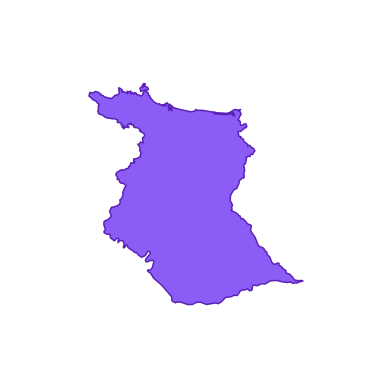 an SVG outline of São Paulo, rotated 222°
{"feature_id": "BRA-1311", "entity_name": "São Paulo", "entity_type": "State", "adm_level": 1, "iso_a3": "BRA", "parent_name": "Brazil", "parent_adm1": "", "projection": "albers", "projection_center": [-47.634, -22.544], "detail": "fine", "context": "isolated", "style": "filled", "palette": "violet", "viewbox_px": 384, "rotation_deg": 222, "n_neighbors": 0, "source": "natural_earth", "source_scale": "10m", "svg_char_len": 6107}
<svg xmlns="http://www.w3.org/2000/svg" viewBox="0 0 384 384"><g transform="rotate(222 192 192)"><path d="M316.1,220.2L315.4,220.8L312.4,221.2L311.7,220.3L310.7,220.5L310.9,219.7L310.1,220.0L308.1,221.7L306.6,222.2L306.1,221.8L305.9,222.6L307.2,223.7L305.9,224.2L305.2,225.6L304.5,224.8L304.6,225.6L302.8,224.6L302.8,226.0L301.1,225.8L300.7,226.4L301.1,227.5L299.4,228.1L298.3,227.3L295.8,228.9L294.4,228.9L293.7,230.5L294.0,232.1L294.7,232.5L294.5,233.7L294.9,234.6L294.5,235.9L293.8,236.2L292.7,236.0L291.2,236.4L289.2,235.0L287.8,235.2L287.4,234.7L284.7,234.0L280.1,233.5L276.2,234.6L275.0,235.9L274.0,235.7L271.6,236.7L271.3,236.4L270.2,238.0L268.4,238.7L269.6,238.8L271.3,237.3L272.3,237.1L270.8,239.0L270.6,241.1L269.9,241.6L268.9,241.1L266.8,242.4L265.8,242.3L267.1,241.1L266.4,239.1L264.6,238.3L264.6,237.5L263.8,237.3L263.7,238.4L263.0,238.8L263.0,239.4L261.6,239.1L262.9,241.0L264.0,241.2L264.0,242.5L263.7,242.7L263.0,242.0L257.2,244.7L246.4,250.9L244.8,252.9L244.1,254.5L244.4,255.6L243.9,256.1L242.8,256.2L242.8,255.5L242.1,256.9L238.7,259.8L230.6,264.9L228.9,265.3L227.8,265.1L224.6,267.4L218.6,272.2L216.5,274.5L215.3,277.0L214.4,277.5L212.9,277.3L213.2,276.8L214.4,276.6L214.1,276.2L212.7,276.2L212.1,277.5L211.6,277.1L211.6,277.6L212.2,278.0L214.8,278.6L216.7,277.8L215.7,281.3L214.7,282.7L212.6,283.6L210.7,286.4L212.2,283.7L211.7,283.3L210.4,284.0L207.7,282.8L206.1,276.3L204.6,277.0L204.5,276.4L202.8,276.3L202.0,275.1L200.1,274.5L198.9,275.6L198.9,277.1L197.7,278.7L195.3,277.6L194.8,276.0L195.8,274.9L195.7,272.9L196.4,271.8L196.2,269.7L197.4,268.6L198.0,267.2L196.0,266.2L195.1,265.0L194.1,265.0L192.8,265.8L192.1,264.8L191.2,265.3L188.9,265.5L187.3,264.4L182.7,264.6L181.1,263.5L181.2,264.6L180.4,265.2L177.5,265.0L175.8,265.5L172.8,264.7L172.7,262.3L172.0,260.4L173.3,259.7L173.5,258.0L172.7,257.2L174.5,256.1L174.2,255.1L175.0,253.8L173.1,252.4L172.3,250.2L171.4,249.5L171.5,247.0L170.8,245.7L169.2,244.9L167.8,243.7L166.3,241.6L165.7,239.7L164.6,239.5L163.1,237.9L163.0,236.9L163.6,236.6L164.0,235.8L164.4,232.0L162.7,229.6L161.9,226.2L161.1,225.2L162.3,221.1L161.5,216.5L160.5,214.4L158.7,212.3L158.4,211.1L157.2,211.0L153.3,209.4L152.7,208.7L152.6,207.3L150.9,206.2L150.6,204.5L150.0,204.5L150.0,205.0L149.0,204.8L146.0,205.9L143.4,206.2L141.6,205.7L140.2,206.3L137.7,205.0L136.4,206.2L133.9,206.2L129.2,205.5L127.0,206.5L125.8,206.7L125.1,206.3L124.1,204.4L122.0,202.2L114.7,200.5L107.1,196.7L104.6,196.9L102.0,198.0L100.2,197.9L97.9,197.0L96.1,197.4L94.5,195.9L90.4,195.7L86.9,193.7L84.2,192.9L82.0,193.6L80.9,196.5L79.6,197.2L78.8,196.1L77.7,195.7L76.5,196.4L72.3,196.0L70.0,196.5L68.1,195.2L67.0,195.1L64.5,196.3L59.9,196.0L58.2,195.4L56.4,195.5L54.5,196.6L51.3,199.6L49.6,200.2L51.4,198.2L53.2,194.5L54.3,194.1L55.7,191.7L57.2,191.5L59.6,190.2L60.3,188.8L64.7,185.7L69.6,183.1L74.2,178.7L76.1,172.6L79.1,170.1L80.7,166.1L83.0,164.7L84.1,163.5L84.1,162.5L82.0,159.6L82.0,158.7L83.1,157.2L85.9,157.0L87.5,154.3L89.4,152.3L89.9,150.7L89.1,145.4L91.5,143.5L93.0,140.2L96.5,136.1L96.7,130.0L97.9,126.4L100.0,125.6L105.9,118.2L111.9,115.8L113.5,114.6L115.3,112.0L116.3,109.0L119.5,105.7L127.1,102.4L129.6,100.0L130.2,98.6L133.4,97.6L134.5,98.0L136.5,100.2L137.3,100.6L152.1,102.5L162.9,102.3L168.1,103.9L171.7,103.5L172.7,104.2L172.5,104.8L171.1,105.5L170.7,107.2L171.0,109.5L173.7,114.6L174.8,115.1L175.8,114.7L177.4,112.7L178.4,110.3L179.3,109.4L180.5,109.7L181.3,110.8L181.6,112.4L181.7,118.2L183.9,119.5L185.0,118.4L184.2,113.4L185.6,110.1L186.4,109.6L189.8,109.3L192.3,109.8L194.6,108.6L197.1,108.8L199.9,108.1L202.7,108.1L205.0,109.0L205.7,108.2L205.0,105.8L205.6,104.8L206.4,105.4L207.4,107.8L210.5,109.5L212.6,108.2L213.1,106.9L213.1,105.2L214.2,106.0L214.6,107.6L215.2,108.2L216.6,107.7L217.1,105.5L216.8,104.5L217.5,103.7L222.0,103.4L224.5,105.6L225.3,105.4L226.4,104.0L229.9,102.9L231.0,103.8L230.9,105.5L232.2,106.8L235.2,108.4L236.8,110.0L237.5,111.4L237.1,113.3L236.1,114.5L235.6,119.3L236.9,120.7L240.3,122.5L241.5,126.3L241.3,127.4L240.0,128.3L239.5,130.0L238.4,131.3L237.7,135.4L240.3,137.9L240.0,139.2L240.7,142.8L243.2,145.6L245.1,150.6L244.8,152.4L245.6,152.7L248.2,152.6L250.0,151.8L250.8,151.0L252.4,151.0L254.8,152.3L256.1,151.4L256.4,152.4L257.2,152.8L257.5,153.4L259.3,153.5L260.5,154.3L261.0,156.7L260.2,157.7L260.2,159.4L258.7,162.0L257.4,162.0L256.4,165.5L255.3,166.6L255.4,167.6L256.1,168.4L255.6,169.7L256.9,172.7L256.6,173.1L255.5,173.4L255.2,174.0L255.5,174.7L254.4,175.1L254.3,175.5L254.9,176.1L256.5,176.3L257.4,177.6L255.4,180.0L254.1,183.5L255.4,185.3L255.7,186.9L258.9,188.0L259.4,189.5L262.3,190.9L264.1,191.3L263.1,192.6L263.8,194.6L261.2,196.0L265.0,199.0L264.7,200.8L265.1,202.5L267.3,203.3L271.5,202.2L271.8,202.6L271.6,203.7L272.3,203.8L275.9,203.1L277.2,201.9L278.3,201.9L278.9,201.3L280.5,202.8L281.8,201.6L283.0,202.4L283.6,201.6L283.4,200.5L284.6,200.5L284.9,198.8L284.6,198.2L282.8,198.2L282.3,197.5L285.4,195.4L284.7,193.8L285.0,193.5L287.4,193.5L286.4,194.9L286.5,195.4L287.0,195.6L289.5,194.5L290.0,195.4L291.5,195.6L293.8,193.8L294.7,194.3L294.9,195.6L295.3,195.8L299.6,194.1L300.1,192.9L301.0,192.7L304.4,190.4L306.2,189.6L310.5,189.1L313.4,187.7L315.7,188.6L317.1,191.1L319.1,193.1L319.4,194.4L320.4,194.9L321.8,194.8L323.5,195.3L327.3,194.5L327.9,194.1L328.5,194.6L332.8,194.4L334.3,197.1L334.4,197.9L332.8,198.6L331.6,199.7L331.6,201.0L330.8,202.2L327.7,203.6L326.8,203.3L325.3,203.8L324.7,203.0L322.3,204.2L320.9,204.0L318.3,205.4L316.6,205.8L315.4,207.2L314.3,207.5L313.9,212.4L313.2,213.6L312.5,214.1L311.8,215.9L313.3,218.2L314.3,218.2L314.8,219.2L316.1,220.2ZM300.5,238.9L300.1,239.0L300.3,240.4L299.6,241.0L298.9,240.8L298.1,239.1L295.1,239.9L293.9,239.8L293.0,238.3L296.1,235.2L297.1,232.7L297.6,232.5L300.1,234.3L299.8,236.8L298.9,236.6L298.7,237.6L299.2,238.6L300.2,238.4L300.5,238.9ZM228.2,265.6L230.4,265.1L228.9,266.4L227.2,267.0L218.7,273.8L216.7,277.2L216.3,277.1L217.0,274.6L218.4,272.8L223.4,269.4L225.3,267.4L226.9,266.8L228.2,265.6ZM265.5,239.2L266.7,241.4L265.1,240.7L264.3,241.1L263.3,240.8L262.6,239.9L263.5,239.9L263.5,238.9L265.5,239.2Z" fill="#8b5cf6" stroke="#5b21b6" stroke-width="1.5"/></g></svg>